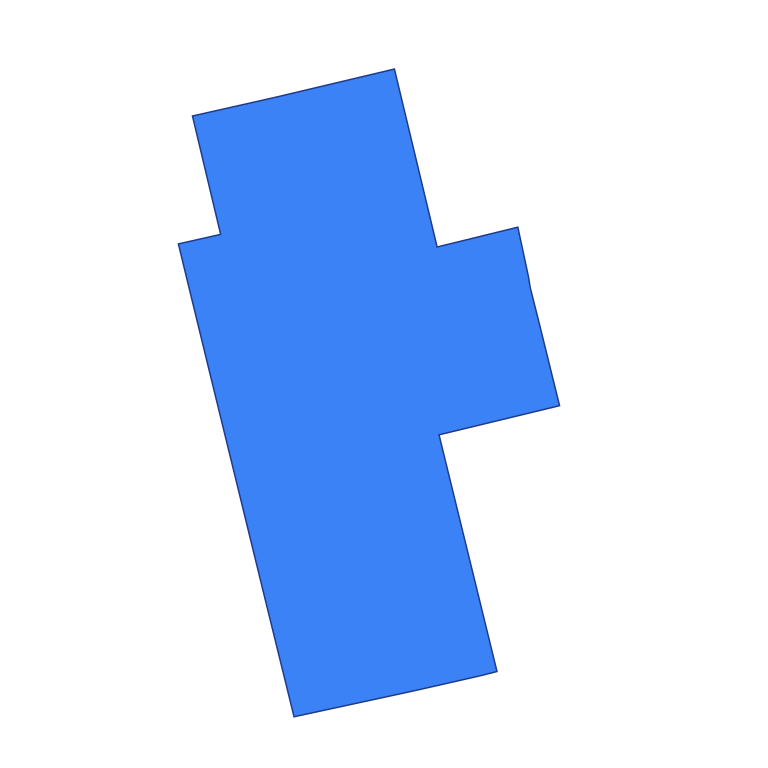 Clay, Indiana, United States of America (Natural Earth projection), rotated 346°
{"feature_id": "52423323B18032959823842", "entity_name": "Clay", "entity_type": "district", "adm_level": 2, "iso_a3": "USA", "parent_name": "United States of America", "parent_adm1": "Indiana", "projection": "natural_earth1", "projection_center": [-87.089, 39.388], "detail": "fine", "context": "isolated", "style": "filled", "palette": "blue", "viewbox_px": 768, "rotation_deg": 346, "n_neighbors": 0, "source": "geoboundaries", "source_scale": "gbopen_adm2", "svg_char_len": 407}
<svg xmlns="http://www.w3.org/2000/svg" viewBox="0 0 768 768"><g transform="rotate(346 384 384)"><path d="M470.3,80.9L346.3,79.5L263.0,77.6L261.7,199.3L218.4,198.3L218.2,226.7L217.7,319.7L216.6,563.3L216.2,685.1L341.0,689.0L408.7,690.4L424.1,690.3L425.1,446.6L549.1,447.5L549.3,366.7L549.2,325.6L550.1,315.5L551.8,264.2L468.7,263.9L470.3,80.9Z" fill="#3b82f6" stroke="#1e3a8a" stroke-width="1.5"/></g></svg>